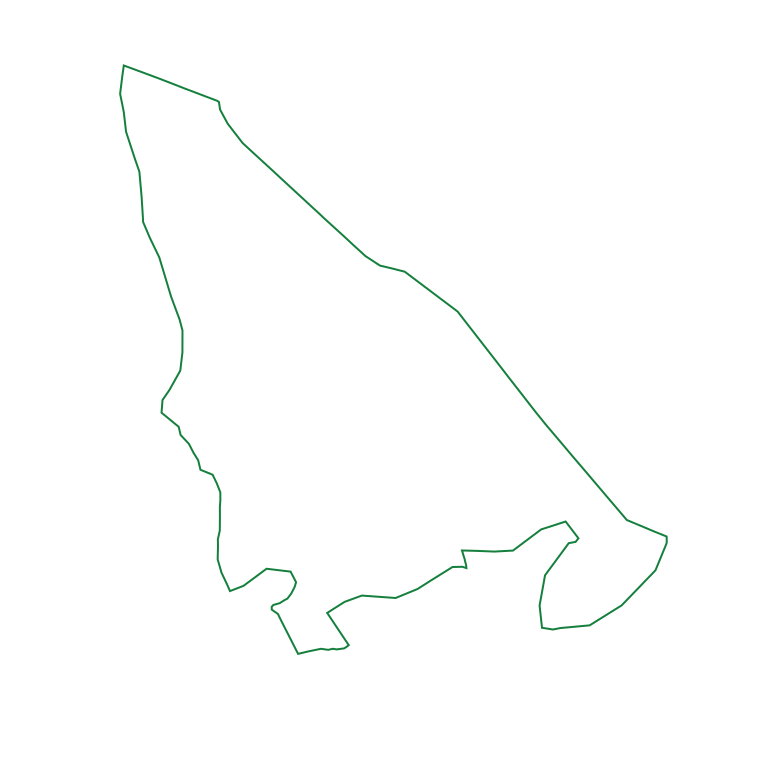 Mai'Adua, Katsina, Nigeria, rotated 8°
{"feature_id": "59680162B73440349718888", "entity_name": "Mai'Adua", "entity_type": "district", "adm_level": 2, "iso_a3": "NGA", "parent_name": "Nigeria", "parent_adm1": "Katsina", "projection": "mercator", "projection_center": [8.237, 13.149], "detail": "fine", "context": "isolated", "style": "outline", "palette": "green", "viewbox_px": 768, "rotation_deg": 8, "n_neighbors": 0, "source": "geoboundaries", "source_scale": "gbopen_adm2", "svg_char_len": 1863}
<svg xmlns="http://www.w3.org/2000/svg" viewBox="0 0 768 768"><g transform="rotate(8 384 384)"><path d="M651.2,568.7L668.2,545.3L669.9,542.9L675.6,535.1L678.8,530.6L685.9,502.9L686.0,501.0L685.1,495.7L673.4,492.8L643.4,484.9L618.6,462.9L604.8,450.6L593.8,440.8L583.0,431.3L576.2,425.2L561.8,412.3L550.1,401.9L538.0,390.6L531.6,384.4L517.3,370.5L505.3,358.9L498.8,352.5L484.9,339.0L446.8,302.0L426.4,290.7L388.9,269.9L375.3,268.4L363.5,267.3L347.8,259.9L334.5,250.8L324.9,244.1L301.3,228.0L296.3,224.4L289.3,219.6L284.7,216.4L272.7,208.1L253.2,194.6L245.2,189.0L223.8,174.3L210.5,165.1L193.0,148.0L183.5,135.1L181.3,127.7L179.5,126.8L168.4,124.3L145.9,119.2L117.8,112.6L82.0,104.8L82.0,115.8L82.3,133.4L88.4,150.7L93.5,170.2L105.9,195.5L112.2,207.8L117.9,232.3L121.9,251.8L122.9,257.1L131.7,271.7L143.9,290.0L160.9,326.9L172.7,348.8L177.0,359.1L180.0,380.9L180.4,399.1L172.3,419.9L166.9,430.7L167.7,443.4L180.3,451.1L186.6,454.9L189.7,462.8L199.1,470.4L205.0,478.7L210.6,485.4L214.2,494.5L226.9,497.7L232.1,505.4L237.0,514.1L238.1,521.7L238.6,528.7L240.1,539.1L241.8,552.1L241.1,560.9L242.2,567.9L243.7,580.8L249.3,593.4L256.1,603.7L260.3,610.5L273.0,603.4L293.4,583.3L317.6,582.8L324.5,592.5L323.8,597.3L321.4,604.2L318.2,610.0L315.1,612.2L311.3,615.5L305.2,618.2L303.8,620.3L304.3,623.1L311.0,626.5L314.1,631.2L336.5,663.2L346.4,659.3L358.4,655.0L365.8,655.0L370.2,653.3L373.1,653.4L374.1,653.4L381.2,651.4L383.2,649.8L385.4,647.5L359.6,618.6L375.2,605.3L391.5,596.6L425.3,594.3L445.8,582.3L459.5,570.6L477.3,555.7L487.0,554.1L491.2,554.8L490.6,552.2L489.9,550.4L488.9,548.1L488.2,546.1L486.6,542.8L484.4,538.0L499.5,536.3L516.5,534.6L534.9,531.0L559.9,506.1L583.0,494.9L598.0,509.7L595.7,513.7L589.1,515.9L570.1,551.0L568.9,581.7L574.4,603.4L585.5,603.6L592.7,601.1L621.2,594.4L650.2,570.1L651.2,568.7Z" fill="none" stroke="#15803d" stroke-width="2"/></g></svg>